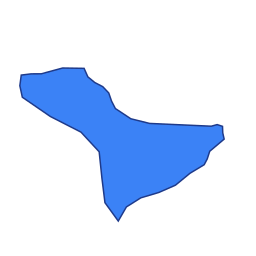 Butaleja, Robinson projection, rotated 251°
{"feature_id": "UGA-3119", "entity_name": "Butaleja", "entity_type": "County", "adm_level": 1, "iso_a3": "UGA", "parent_name": "Uganda", "parent_adm1": "", "projection": "robinson", "projection_center": [33.927, 0.859], "detail": "fine", "context": "isolated", "style": "filled", "palette": "blue", "viewbox_px": 256, "rotation_deg": 251, "n_neighbors": 0, "source": "natural_earth", "source_scale": "10m", "svg_char_len": 564}
<svg xmlns="http://www.w3.org/2000/svg" viewBox="0 0 256 256"><g transform="rotate(251 128 128)"><path d="M114.9,93.0L139.4,82.2L164.2,58.3L191.5,38.1L203.2,39.5L212.8,44.3L210.7,54.1L207.5,63.6L206.0,85.7L198.7,105.9L189.4,106.7L181.8,111.4L175.3,117.6L167.4,121.2L158.8,121.2L150.5,122.4L135.8,133.7L125.3,149.9L102.6,207.3L102.2,213.4L98.8,217.9L92.5,216.0L86.2,215.3L79.4,197.7L72.9,192.8L68.5,188.1L65.0,171.8L58.5,154.3L57.0,136.2L57.8,117.4L53.9,100.8L43.2,88.5L64.9,81.9L89.0,87.0L114.9,93.0Z" fill="#3b82f6" stroke="#1e3a8a" stroke-width="1.5"/></g></svg>